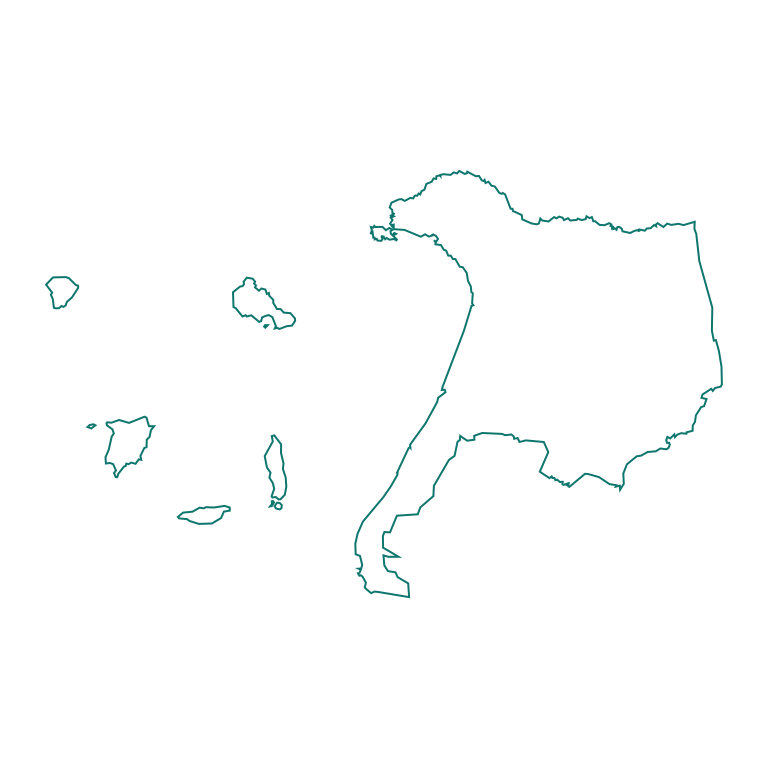 the district of Cagayan, Cagayan, Philippines, rotated 270°
{"feature_id": "2640588B33083527354868", "entity_name": "Cagayan", "entity_type": "district", "adm_level": 2, "iso_a3": "PHL", "parent_name": "Philippines", "parent_adm1": "Cagayan", "projection": "mercator", "projection_center": [121.776, 18.537], "detail": "fine", "context": "isolated", "style": "outline", "palette": "teal", "viewbox_px": 768, "rotation_deg": 270, "n_neighbors": 0, "source": "geoboundaries", "source_scale": "gbopen_adm2", "svg_char_len": 6140}
<svg xmlns="http://www.w3.org/2000/svg" viewBox="0 0 768 768"><g transform="rotate(270 384 384)"><path d="M316.7,655.8L319.5,660.4L318.7,666.5L320.3,668.7L323.4,669.8L325.1,669.2L325.1,667.1L327.9,666.2L331.1,667.4L329.6,670.2L333.6,674.3L330.9,674.9L333.3,677.2L334.8,681.2L334.3,686.4L335.7,686.6L337.2,692.6L342.6,692.8L346.2,695.0L352.7,695.9L360.9,701.1L361.9,704.1L369.0,706.5L370.1,701.5L373.5,702.5L379.2,711.3L377.1,712.8L380.0,715.1L381.4,720.7L383.7,721.9L401.2,721.5L417.1,718.9L427.9,715.9L427.4,713.8L437.2,711.9L460.3,712.3L507.0,699.3L533.9,696.3L539.2,694.4L546.2,694.7L542.9,683.5L544.2,678.6L543.1,671.2L544.4,667.2L541.0,663.4L544.8,657.6L543.3,655.7L541.8,656.1L542.9,654.0L539.8,650.6L539.5,646.8L537.3,644.8L538.6,639.2L537.9,637.9L537.1,638.9L537.0,638.7L537.8,637.6L537.1,634.3L535.0,630.2L536.7,622.5L539.2,621.8L541.1,619.3L540.9,617.4L538.2,616.5L539.7,614.7L539.0,613.3L540.6,613.2L539.7,612.1L541.9,611.9L542.1,610.6L543.6,611.3L544.8,609.3L542.8,604.5L543.1,599.6L546.8,595.1L546.7,593.3L550.9,591.9L549.9,589.5L551.7,586.5L548.9,585.7L547.9,581.6L549.4,577.9L548.1,576.8L547.5,570.2L549.8,568.0L547.9,564.0L550.2,562.7L551.4,559.2L549.7,556.6L550.9,554.1L546.5,548.5L547.5,542.2L549.5,540.3L544.5,538.9L543.7,536.6L544.5,531.7L548.6,522.3L553.0,521.7L557.0,513.0L559.2,512.5L559.3,510.6L573.6,505.1L575.0,502.8L574.2,501.8L575.0,499.4L581.5,494.8L582.3,491.5L586.3,488.5L585.0,485.5L588.0,484.6L587.0,483.8L587.6,481.8L592.0,479.0L591.8,475.7L596.3,467.3L594.8,467.0L594.1,464.6L597.1,459.3L594.6,457.1L595.6,453.8L593.1,450.5L593.8,443.7L593.1,440.3L591.9,440.4L592.7,439.7L591.7,436.4L589.1,436.2L589.6,433.6L586.2,431.6L584.1,426.4L578.3,424.4L576.8,421.5L573.5,420.2L574.5,418.7L572.2,417.1L572.5,415.6L572.2,414.7L569.6,413.2L570.1,410.3L567.1,404.8L568.9,401.3L568.6,398.9L565.3,391.5L560.5,389.7L558.1,392.2L554.8,392.5L554.3,393.9L552.8,393.2L553.4,392.9L552.7,391.4L551.6,393.7L550.8,391.9L551.8,391.3L550.6,390.6L548.0,392.5L544.3,390.1L541.8,392.0L543.1,392.4L543.4,393.7L538.8,393.7L538.1,404.5L531.3,420.8L533.7,425.1L531.4,429.0L532.8,433.1L532.5,431.7L533.4,432.5L533.5,434.0L533.1,433.1L532.5,435.6L529.1,438.0L526.2,436.2L527.7,434.0L525.8,435.6L523.7,435.4L522.9,441.0L518.3,443.8L517.3,446.2L512.3,448.3L512.3,450.8L509.0,452.9L508.9,455.4L501.3,459.7L500.8,462.7L495.1,466.7L487.1,468.0L481.6,470.8L476.1,471.3L474.7,472.8L464.5,472.1L462.7,473.4L462.1,471.5L437.2,463.9L381.5,442.7L378.0,441.8L378.3,444.7L375.8,445.5L370.2,438.1L366.0,437.2L344.6,425.5L323.3,410.1L320.2,410.4L320.9,409.8L319.7,408.5L294.3,396.6L295.7,397.6L293.1,397.4L281.3,390.6L270.9,383.4L246.4,362.9L234.1,357.5L224.1,355.3L213.7,355.7L212.1,360.0L203.1,362.2L199.5,361.2L199.3,358.6L198.2,360.8L195.1,359.5L194.7,357.9L192.3,359.3L192.7,360.8L191.3,362.6L185.3,365.9L180.6,364.7L178.6,366.6L174.9,371.1L176.4,374.6L176.0,378.4L170.9,409.1L184.6,408.2L190.9,397.6L195.7,395.5L196.9,387.9L202.7,384.3L212.6,383.5L211.2,388.3L211.2,398.6L220.3,383.1L231.9,382.9L236.0,384.4L235.6,390.0L252.3,396.9L253.7,417.8L260.6,420.3L271.9,433.4L282.2,433.9L308.0,448.9L312.2,454.6L326.2,457.5L328.0,459.9L332.1,460.2L327.3,467.2L328.3,474.4L332.2,474.2L335.0,482.2L334.1,502.0L332.8,505.1L333.5,511.4L331.6,513.7L329.2,514.2L330.0,517.6L326.0,519.5L327.6,525.8L326.0,543.8L315.9,548.3L296.3,539.8L289.9,549.4L291.6,551.7L290.0,552.4L290.1,554.4L287.8,555.4L288.3,557.2L286.0,559.9L286.2,562.7L283.9,562.4L283.1,563.5L284.6,567.9L283.5,567.3L283.9,568.5L282.2,567.9L281.1,569.3L294.2,585.1L294.0,588.0L290.9,599.0L283.9,609.5L282.8,616.3L281.3,615.7L282.4,619.8L278.3,620.1L284.2,623.8L294.5,623.3L303.7,626.9L311.7,636.7L312.4,641.2L316.0,647.6L316.7,655.8ZM351.3,144.5L345.1,129.1L348.0,119.0L345.3,111.4L345.7,107.2L344.7,106.5L342.6,107.0L338.6,112.5L334.5,113.8L331.4,111.7L318.1,108.7L310.8,105.5L304.5,105.9L305.0,109.9L303.9,113.1L297.5,116.0L295.0,114.0L291.0,115.7L290.8,117.2L294.2,118.3L301.6,124.1L302.0,125.7L304.4,126.3L303.8,128.5L305.4,131.2L304.2,135.6L308.6,138.7L308.2,141.3L312.0,140.4L319.9,144.2L320.8,146.5L328.4,146.8L331.0,149.5L338.0,151.0L341.8,154.1L341.8,149.0L350.3,146.5L351.3,144.5ZM475.8,233.0L460.9,233.5L459.9,235.7L451.5,242.5L452.8,245.6L451.5,246.8L452.7,251.3L446.2,259.1L446.8,261.1L450.6,262.1L452.2,265.8L452.9,268.9L450.8,272.4L441.9,275.9L439.5,274.8L440.2,277.3L439.0,279.3L441.8,286.7L442.4,292.0L447.1,295.1L449.5,295.0L454.8,290.5L455.4,283.8L458.9,280.6L459.0,276.9L465.3,273.2L468.1,273.3L472.3,269.2L475.0,268.9L474.1,266.8L478.4,265.5L479.5,261.4L477.3,259.0L480.6,255.0L482.5,256.0L484.5,254.1L486.3,255.1L489.3,252.7L490.3,246.8L486.3,243.6L483.9,244.0L481.9,242.7L481.5,240.2L475.8,233.0ZM311.9,264.7L300.4,267.0L295.4,270.5L290.3,269.4L285.0,272.8L279.2,274.2L271.7,271.6L270.5,272.4L271.0,275.7L268.6,278.6L268.7,280.5L273.2,284.8L281.3,286.3L290.5,285.7L299.1,282.9L304.8,283.5L315.0,281.0L323.7,281.1L332.6,274.3L331.9,271.8L326.5,272.8L311.9,264.7ZM483.4,46.1L475.4,52.1L473.2,50.9L469.0,52.8L460.2,53.9L459.7,55.5L459.8,58.9L462.0,61.6L461.1,63.4L462.5,65.6L466.0,66.8L470.6,72.0L480.2,78.2L482.4,78.1L482.8,76.0L489.8,69.0L490.9,66.0L490.6,53.0L483.4,46.1ZM251.0,177.9L249.6,179.2L248.9,187.1L247.1,189.3L244.1,198.8L244.5,211.9L250.0,221.1L256.4,223.9L257.4,229.8L260.5,229.7L262.1,224.6L260.5,214.2L260.8,205.8L259.7,203.8L260.3,199.6L256.3,192.4L255.4,183.1L251.0,177.9ZM538.2,392.5L540.0,389.3L537.8,385.9L541.1,382.5L541.0,375.3L542.1,374.3L540.4,373.3L541.0,370.9L537.7,371.9L534.0,370.5L535.8,372.6L530.3,373.3L530.3,374.6L528.6,374.7L529.2,376.7L527.4,377.5L527.2,381.4L529.1,382.6L530.9,381.6L531.8,381.9L531.4,383.7L528.7,385.2L530.0,386.8L528.3,389.4L529.0,393.9L527.7,396.4L528.6,396.8L534.4,390.8L536.8,390.5L538.2,392.5ZM261.8,274.5L259.4,276.2L258.6,279.8L259.8,281.4L262.9,281.8L265.0,279.7L265.3,277.1L261.8,274.5ZM341.0,87.5L339.6,91.3L342.7,95.4L343.7,93.5L343.0,89.7L341.0,87.5ZM261.9,271.7L265.5,274.0L267.0,272.9L266.7,271.8L264.0,272.0L261.6,270.1L261.9,271.7ZM441.4,264.1L440.3,265.4L442.9,267.8L442.9,265.1L441.4,264.1ZM533.7,393.3L533.2,394.5L534.2,396.1L535.0,394.2L533.7,393.3Z" fill="none" stroke="#0f766e" stroke-width="2"/></g></svg>